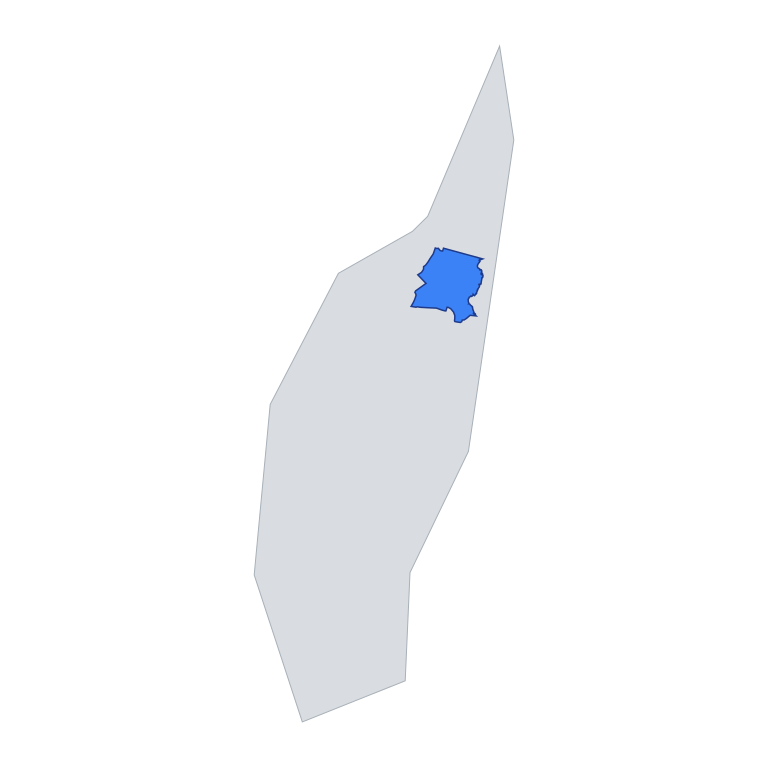 Ngkeklau, Ngiwal, Palau (highlighted)
{"feature_id": "81905179B53990233662504", "entity_name": "Ngkeklau", "entity_type": "district", "adm_level": 2, "iso_a3": "PLW", "parent_name": "Palau", "parent_adm1": "Ngiwal", "projection": "robinson", "projection_center": [134.636, 7.588], "detail": "fine", "context": "in_parent", "style": "filled", "palette": "blue", "viewbox_px": 768, "rotation_deg": 0, "n_neighbors": 0, "source": "geoboundaries", "source_scale": "gbopen_adm2", "svg_char_len": 4753}
<svg xmlns="http://www.w3.org/2000/svg" viewBox="0 0 768 768"><path d="M405.2,680.8L302.3,721.9L254.2,574.9L270.2,404.4L338.4,273.3L412.5,231.3L427.7,216.3L499.6,46.1L513.8,140.0L468.4,451.4L410.0,572.6L405.2,680.8Z" fill="#d9dde1" stroke="#a8b0b8" stroke-width="1"/><path d="M417.8,274.8L426.0,283.4L415.6,290.9L414.9,292.4L415.6,293.5L416.1,295.1L415.2,298.0L414.4,300.1L413.2,302.7L411.1,306.4L415.9,307.2L417.4,306.8L420.3,307.3L429.5,307.8L436.4,308.1L442.0,310.1L445.0,310.9L445.9,310.9L446.6,308.9L447.0,307.3L448.1,307.3L450.7,308.7L453.5,312.0L454.8,315.5L454.8,317.8L454.5,320.8L454.8,321.5L456.5,321.9L459.3,322.3L460.2,322.5L461.7,321.7L462.2,320.1L464.2,319.9L466.5,318.4L470.1,315.3L476.1,315.9L475.9,315.7L475.7,315.4L475.6,315.2L475.4,315.3L475.2,315.1L474.9,315.0L474.9,314.9L475.1,315.0L475.3,314.8L475.4,314.6L475.3,314.3L475.4,314.1L475.3,313.9L475.1,313.8L474.7,313.3L474.5,313.2L474.4,313.0L474.2,312.9L473.9,312.9L473.8,313.1L473.6,313.2L473.6,313.5L473.8,313.6L473.7,313.8L473.5,313.7L473.4,313.5L473.4,313.2L473.6,313.0L473.7,312.7L473.8,312.5L473.8,312.2L473.8,311.9L473.7,311.7L473.5,311.1L473.4,310.7L473.3,310.4L473.2,310.1L472.8,309.7L472.8,309.4L472.8,308.9L472.7,308.6L472.7,308.4L472.6,308.1L472.6,307.8L472.5,307.7L472.4,307.5L472.5,307.2L472.5,306.9L472.2,306.6L472.0,306.4L471.9,306.3L471.8,306.1L471.6,305.9L471.2,305.7L470.7,305.3L470.6,305.1L470.4,305.0L470.3,304.8L470.2,304.7L469.9,304.3L469.8,304.2L469.5,304.1L469.3,303.9L469.1,303.8L468.9,303.8L469.0,303.7L468.9,303.4L468.9,303.2L468.8,302.9L468.7,302.7L468.5,302.1L468.3,301.8L468.3,301.3L468.3,300.7L468.2,300.0L468.2,299.6L468.1,299.3L468.3,299.2L468.6,298.6L468.9,298.3L469.0,297.9L469.0,297.7L469.1,297.3L469.2,297.2L469.3,297.1L469.8,297.0L470.0,296.8L470.3,296.6L470.5,296.3L470.6,296.2L470.7,296.3L470.8,296.3L471.1,296.3L471.3,296.2L471.4,296.4L471.6,296.3L471.9,296.2L472.1,296.1L472.3,295.9L472.5,295.9L472.8,295.7L473.0,295.4L473.1,295.2L473.3,294.9L473.2,294.7L473.3,294.7L473.3,294.4L473.4,294.5L473.5,294.7L473.6,294.9L473.8,295.2L474.1,295.3L474.3,295.4L474.5,295.4L474.6,295.5L474.7,295.3L474.9,295.1L475.1,295.0L475.1,294.9L475.5,294.5L475.7,294.1L475.8,294.2L476.0,294.0L476.1,293.8L476.2,293.7L476.4,293.7L476.5,293.5L476.6,293.3L476.4,293.0L476.5,292.6L476.6,292.4L476.9,292.0L477.0,291.6L477.0,291.3L477.1,291.2L477.2,290.9L477.3,290.8L477.4,290.7L477.5,290.3L477.6,290.1L477.4,290.0L477.6,289.8L477.7,289.6L477.7,289.3L477.8,289.3L478.0,289.1L478.1,288.9L478.2,288.6L478.4,288.3L478.6,288.0L478.8,287.6L479.0,287.4L479.3,286.8L479.5,286.3L479.5,285.7L479.4,285.4L479.3,285.2L479.2,285.1L479.0,284.9L478.9,284.6L479.0,284.3L479.1,284.2L479.9,284.8L480.5,283.9L480.8,283.5L481.0,283.7L481.1,283.4L481.2,282.5L481.2,282.1L481.3,281.7L481.4,281.3L481.4,280.9L481.5,280.5L481.6,280.1L481.7,279.8L481.7,279.4L481.7,279.0L481.8,278.7L481.8,278.3L481.9,277.9L482.1,278.0L482.2,277.9L482.3,277.8L482.5,277.6L482.7,277.3L482.8,277.1L482.7,276.9L482.7,276.7L482.9,276.4L483.0,276.1L483.0,275.8L482.9,275.7L482.9,275.3L482.9,275.1L482.8,274.9L482.7,274.9L482.6,274.6L482.4,274.5L482.3,274.4L482.0,274.4L481.7,274.4L481.4,274.4L481.4,274.5L481.2,274.4L481.2,274.2L481.2,273.9L481.0,273.7L481.2,273.4L481.3,273.4L481.4,273.5L481.5,273.5L481.6,273.4L481.7,273.1L481.8,273.1L481.7,273.0L481.8,272.9L481.9,272.7L481.7,272.5L481.4,272.6L481.4,272.4L481.4,272.2L481.5,272.0L481.4,272.0L481.0,271.7L481.3,271.8L481.5,271.7L481.7,271.3L481.7,271.1L481.7,270.9L481.7,270.6L481.6,270.4L481.4,270.2L481.3,269.9L481.1,269.9L480.9,270.1L480.6,269.9L480.5,269.6L480.3,269.5L480.1,269.5L480.0,269.4L479.8,269.2L479.7,269.3L479.7,269.0L479.6,268.9L479.4,268.8L479.2,268.7L478.9,268.4L478.7,268.2L478.4,268.2L478.2,268.0L478.0,267.9L477.9,267.9L477.8,267.7L477.7,267.6L477.7,267.4L477.6,267.2L477.5,266.9L477.5,266.7L477.4,266.3L477.4,266.1L477.4,265.9L477.4,265.7L477.5,265.1L477.6,264.8L477.7,264.5L477.8,264.5L477.8,264.4L478.0,264.0L478.0,263.9L478.0,264.0L478.1,263.9L478.3,263.7L478.5,263.3L478.7,263.0L478.9,262.9L479.0,262.7L479.3,262.4L479.3,262.1L479.4,261.9L479.5,261.9L479.7,261.7L479.9,261.3L479.9,261.2L480.0,261.1L479.9,261.0L479.9,260.9L479.9,260.7L479.7,260.9L479.6,260.7L479.4,260.6L479.2,260.4L479.3,260.3L479.4,260.2L479.5,260.1L479.6,259.6L479.6,259.4L479.8,259.3L479.7,259.2L480.0,258.9L479.9,259.0L479.9,259.3L480.0,259.4L480.1,259.5L480.3,259.5L480.5,259.5L480.5,259.4L480.8,259.2L480.9,259.3L481.1,259.2L481.1,259.3L481.3,259.4L481.6,259.4L481.8,259.3L482.0,259.2L482.3,259.0L482.6,258.9L443.5,248.2L443.3,248.9L442.6,251.0L441.2,250.9L439.8,250.2L438.4,248.3L436.9,248.5L435.3,248.0L433.2,254.0L430.2,258.4L427.8,262.3L425.5,265.3L423.6,266.6L423.5,269.4L421.5,272.4L417.8,274.8Z" fill="#3b82f6" stroke="#1e3a8a" stroke-width="1.5"/></svg>